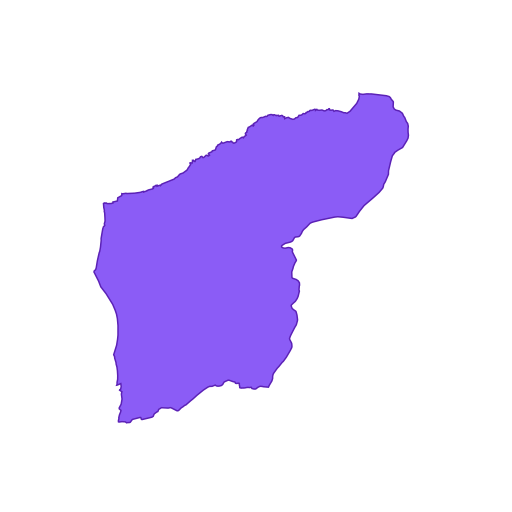 Pidie Jaya, Aceh, Indonesia (Equal Earth projection), rotated 247°
{"feature_id": "22746128B77747107542596", "entity_name": "Pidie Jaya", "entity_type": "district", "adm_level": 2, "iso_a3": "IDN", "parent_name": "Indonesia", "parent_adm1": "Aceh", "projection": "equal_earth", "projection_center": [96.234, 5.105], "detail": "fine", "context": "isolated", "style": "filled", "palette": "violet", "viewbox_px": 512, "rotation_deg": 247, "n_neighbors": 0, "source": "geoboundaries", "source_scale": "gbopen_adm2", "svg_char_len": 6098}
<svg xmlns="http://www.w3.org/2000/svg" viewBox="0 0 512 512"><g transform="rotate(247 256 256)"><path d="M359.5,212.5L358.8,210.8L359.0,197.3L358.2,195.8L358.6,195.8L358.9,192.5L359.3,192.9L359.5,192.7L359.8,192.7L360.1,191.3L359.9,191.2L359.9,189.2L359.6,189.2L359.5,188.8L359.6,188.1L358.3,187.9L358.3,186.8L358.2,186.7L358.8,183.2L358.8,181.2L358.6,181.1L358.8,177.6L359.4,177.7L359.7,176.1L359.6,175.6L359.9,173.9L361.3,168.7L364.0,161.4L364.5,160.9L365.4,157.4L365.8,156.9L364.1,156.0L363.6,151.5L360.8,149.9L361.6,145.4L360.7,145.1L360.9,143.2L362.1,140.1L362.6,139.2L363.2,139.0L363.5,137.6L363.8,137.3L364.0,137.4L364.1,137.0L363.9,136.1L360.0,134.8L357.3,134.3L356.5,133.8L354.7,133.5L350.2,131.9L347.1,130.7L344.8,128.9L343.4,128.8L342.8,128.1L342.8,127.5L342.6,127.1L340.8,125.5L332.7,120.3L330.7,119.5L324.9,116.3L321.5,114.1L320.1,112.8L313.7,108.2L307.4,104.2L306.4,103.3L305.9,102.6L305.5,101.3L304.6,100.6L294.4,101.3L288.2,101.1L279.8,103.3L267.5,105.2L261.2,105.2L257.1,104.9L252.4,103.9L245.9,101.8L237.0,98.0L233.2,95.9L228.4,92.9L220.7,86.4L218.6,86.5L217.2,86.0L212.6,85.5L211.1,85.0L208.1,84.6L204.5,83.6L200.0,82.0L196.6,80.5L194.1,78.8L192.2,78.0L191.5,77.3L191.4,77.7L191.4,81.7L188.5,80.9L186.2,79.3L186.2,78.4L185.8,78.0L183.5,79.5L181.4,78.1L176.7,76.8L172.3,74.0L169.6,70.7L168.7,70.4L166.7,71.4L165.4,70.5L163.2,68.3L160.9,66.6L160.0,66.3L158.2,65.0L157.1,64.6L156.7,65.0L155.9,67.9L154.4,70.9L153.0,71.7L153.0,72.1L152.1,74.7L152.1,75.3L153.8,78.2L153.8,78.8L152.7,86.2L152.3,86.8L150.5,86.7L150.0,87.1L148.3,97.2L148.6,98.8L150.1,100.2L150.5,101.0L151.3,104.2L151.1,104.6L151.6,105.4L152.8,106.4L153.3,109.7L150.3,115.8L149.9,117.9L149.4,118.6L144.4,122.8L144.0,123.8L144.2,124.9L145.4,127.7L145.9,130.5L146.4,131.9L146.3,133.2L148.3,139.3L149.1,142.2L150.9,147.3L153.2,155.4L154.1,160.4L154.1,162.4L153.2,164.6L153.1,168.0L151.9,168.8L151.2,169.8L150.7,171.0L150.3,173.4L150.4,174.1L150.9,175.4L151.7,176.3L152.5,177.6L152.6,181.9L152.0,182.9L149.2,185.9L148.5,187.0L148.0,187.4L146.9,187.4L146.5,187.9L146.1,188.7L146.0,189.5L145.5,190.7L145.0,190.8L144.0,190.3L142.2,190.0L141.2,189.6L140.3,190.6L139.0,194.0L138.5,196.4L137.9,197.9L137.4,198.6L137.1,200.2L135.6,200.5L134.3,202.2L133.7,203.8L134.4,206.5L134.5,208.2L134.4,209.0L133.6,210.6L132.8,211.7L130.4,216.2L131.7,217.6L134.8,221.8L136.7,223.4L138.7,224.3L140.3,225.4L141.3,226.6L144.4,231.7L145.4,234.0L147.9,238.6L148.3,239.9L151.0,244.4L155.6,250.6L157.7,253.1L158.8,253.8L161.2,254.6L162.3,254.7L166.0,254.4L167.1,254.7L169.1,256.6L171.0,258.8L175.0,263.6L176.9,266.2L180.3,268.9L181.3,269.4L185.5,270.6L188.9,271.1L189.7,271.0L191.6,269.8L193.5,268.8L195.4,268.8L196.6,269.0L197.1,269.5L197.9,271.5L198.9,274.5L200.7,277.2L202.4,279.0L206.7,282.2L208.2,282.4L211.6,284.2L212.1,284.7L214.4,285.5L216.7,285.1L217.6,284.5L218.6,283.9L221.3,280.9L222.2,280.7L223.0,281.0L227.4,282.7L230.3,285.3L231.6,286.2L234.5,289.2L235.9,291.2L236.5,291.6L244.9,291.1L245.7,291.1L247.2,292.0L248.1,292.1L248.7,291.8L250.2,290.7L251.2,289.0L251.8,285.8L252.7,284.3L253.8,283.3L254.4,283.1L255.2,283.5L255.6,284.2L256.2,287.9L255.4,292.9L255.4,294.6L255.8,295.9L257.9,298.6L258.1,299.6L257.3,302.3L257.2,303.1L257.3,303.9L259.0,306.6L260.6,308.3L261.7,310.1L263.0,314.0L265.0,318.5L265.1,320.6L264.9,322.6L263.7,330.6L261.1,343.6L260.2,346.6L257.9,350.9L253.0,359.1L253.1,362.9L253.5,363.8L256.8,368.9L260.2,375.2L263.8,386.6L266.4,394.1L268.9,399.1L269.9,400.1L272.1,401.6L273.8,404.0L279.4,409.8L282.7,411.3L290.2,416.8L295.0,420.7L296.7,423.7L297.1,423.9L298.0,428.0L298.6,433.3L303.2,439.8L305.1,442.0L307.6,443.5L310.4,444.3L313.4,445.5L316.0,446.9L318.7,447.4L321.0,446.9L325.6,447.0L326.6,446.6L330.2,446.5L333.4,444.7L335.7,441.7L337.3,440.7L339.7,440.5L344.1,442.6L344.8,442.6L347.6,441.7L349.2,441.6L350.7,440.9L352.6,438.6L360.0,425.7L362.0,421.2L363.0,417.6L364.4,415.2L365.5,414.4L363.6,413.5L362.6,413.5L360.2,411.9L357.1,408.3L352.9,399.9L352.6,399.6L351.8,395.5L352.9,394.3L353.7,392.6L355.4,391.0L357.6,388.2L358.7,386.1L358.7,384.3L360.0,384.1L360.4,383.8L360.7,382.6L361.2,381.3L361.5,381.0L362.9,381.1L363.1,380.6L362.6,380.0L362.6,379.3L363.0,378.5L362.6,377.4L362.6,376.5L362.9,375.5L364.6,373.8L365.4,371.1L366.4,369.5L367.2,369.3L366.8,367.7L367.6,368.0L368.1,367.5L368.2,364.2L368.7,363.5L368.9,362.7L368.8,362.2L368.3,361.8L368.4,360.8L368.7,360.2L368.4,359.5L368.5,358.1L368.0,357.9L367.8,357.2L367.9,356.4L368.7,355.1L368.0,353.2L368.1,352.2L368.7,350.5L367.7,349.2L367.3,348.2L367.7,346.7L367.1,345.0L367.3,343.7L367.5,343.2L369.5,340.9L370.9,340.1L371.3,338.4L371.2,336.1L373.0,336.7L373.3,335.5L374.4,335.4L375.1,335.0L375.4,334.5L375.4,333.6L375.6,333.2L375.5,332.2L375.9,331.7L376.7,331.7L376.9,331.4L377.1,330.0L377.5,329.8L377.5,329.3L378.7,328.3L379.0,327.8L379.1,327.0L378.8,326.7L380.0,325.9L380.3,325.0L380.5,324.7L380.9,321.9L380.4,321.1L380.3,320.4L380.5,319.8L380.9,319.3L380.8,318.1L380.9,316.1L381.4,315.1L381.6,314.0L381.2,312.6L380.3,310.7L379.3,309.5L378.9,306.2L378.5,305.1L377.3,305.2L376.7,304.3L376.8,304.1L377.8,303.9L378.0,303.6L377.4,300.7L377.4,299.1L375.6,297.3L374.9,297.2L374.5,296.3L373.5,295.9L373.3,294.5L372.6,293.9L371.1,294.2L370.7,292.8L370.6,291.8L369.8,290.9L369.7,290.5L370.6,290.0L370.8,289.6L370.4,287.0L370.0,285.9L369.9,285.5L370.4,284.8L370.5,283.6L368.9,282.8L368.6,282.2L368.4,280.5L368.6,279.5L368.8,279.2L369.8,279.0L370.5,278.3L371.1,278.3L371.5,277.9L371.2,276.5L372.5,274.2L372.7,270.0L373.1,269.2L374.2,268.8L373.9,268.5L373.1,266.2L373.1,264.4L373.0,264.0L372.3,263.5L372.0,262.2L369.7,260.2L369.5,259.5L369.9,256.9L369.2,256.1L369.2,252.8L368.7,252.1L367.0,252.6L366.8,251.8L366.7,251.2L366.9,250.9L367.9,250.2L368.2,249.4L367.1,246.4L367.3,245.6L368.8,245.1L369.0,244.6L369.0,243.7L368.2,242.5L368.0,241.5L368.2,239.3L368.5,238.4L366.8,236.8L367.0,236.4L368.7,235.7L368.9,234.9L367.9,234.7L367.3,233.8L366.6,233.6L366.9,232.5L367.4,232.1L367.4,231.5L365.7,231.5L363.9,228.7L363.7,228.2L362.4,226.6L362.0,225.8L360.9,221.3L361.1,218.6L361.0,217.6L359.5,214.6L359.5,212.5Z" fill="#8b5cf6" stroke="#5b21b6" stroke-width="1.5"/></g></svg>